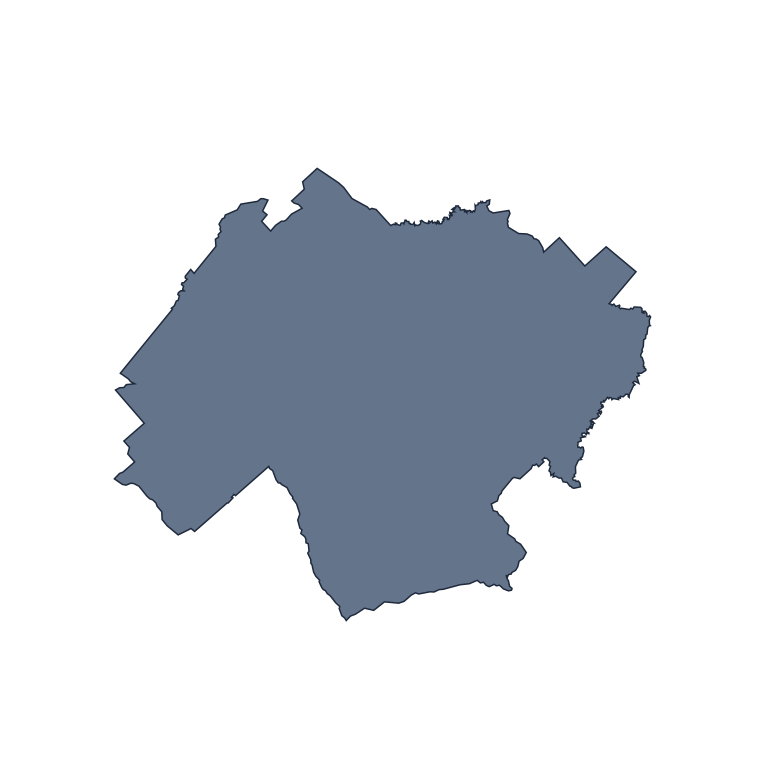 outline of Southern Grampians, Victoria, Australia, rotated 130°
{"feature_id": "25037944B54836880156068", "entity_name": "Southern Grampians", "entity_type": "district", "adm_level": 2, "iso_a3": "AUS", "parent_name": "Australia", "parent_adm1": "Victoria", "projection": "natural_earth1", "projection_center": [141.808, -37.53], "detail": "fine", "context": "isolated", "style": "filled", "palette": "slate", "viewbox_px": 768, "rotation_deg": 130, "n_neighbors": 0, "source": "geoboundaries", "source_scale": "gbopen_adm2", "svg_char_len": 6159}
<svg xmlns="http://www.w3.org/2000/svg" viewBox="0 0 768 768"><g transform="rotate(130 384 384)"><path d="M589.5,260.9L583.3,260.5L578.7,257.9L568.3,254.8L564.0,246.4L550.6,243.6L542.4,231.8L537.6,228.9L528.0,227.4L523.8,225.7L522.5,222.4L513.6,215.2L511.2,212.0L506.1,209.6L503.1,206.6L488.9,196.7L482.1,190.2L474.5,186.4L474.4,182.3L471.9,180.3L472.5,176.2L471.6,173.1L466.6,170.8L466.4,168.3L463.9,166.1L464.2,160.8L462.4,155.6L460.0,153.8L458.3,154.5L458.2,157.8L454.7,162.3L454.0,164.7L452.4,165.4L453.0,166.2L452.2,167.1L451.3,165.7L449.8,166.1L447.9,164.4L445.9,164.9L442.2,163.4L437.9,164.1L432.9,166.6L428.2,165.3L421.6,166.7L418.9,176.3L419.8,181.8L418.6,184.4L419.4,193.0L412.3,197.3L411.6,203.3L410.0,207.7L410.3,212.1L409.1,215.1L410.8,219.0L406.9,224.7L400.7,222.0L395.6,224.3L392.5,223.9L390.2,224.9L373.6,225.0L371.9,224.2L369.2,218.9L354.2,216.9L350.7,218.0L349.4,216.2L347.4,215.9L347.9,212.4L340.8,211.5L340.5,214.1L337.2,213.6L337.5,212.9L336.3,211.5L336.8,207.1L340.1,205.2L340.0,203.5L344.5,201.8L344.5,200.0L346.8,197.2L343.4,196.4L346.5,194.8L344.3,193.2L343.6,189.5L342.0,187.6L343.8,183.9L341.7,180.5L342.8,175.8L342.1,174.5L342.6,173.5L341.8,171.5L336.5,167.4L334.0,170.3L333.4,172.7L335.2,174.2L334.5,175.3L335.9,177.1L335.6,178.5L333.8,179.1L332.3,178.3L331.4,180.0L329.1,179.8L324.3,184.2L317.2,186.1L314.8,184.2L314.4,185.9L312.3,185.2L307.0,187.7L304.5,190.6L304.9,191.8L306.7,192.2L306.8,193.9L307.8,194.8L306.9,195.8L303.8,197.9L300.8,196.3L298.9,198.9L294.9,195.8L294.7,196.7L296.0,197.6L296.2,199.2L294.6,200.6L292.6,198.9L292.7,196.5L291.2,197.0L290.4,195.1L289.7,195.7L290.3,197.7L288.1,199.6L287.4,198.2L284.0,198.9L283.8,198.0L284.8,197.1L284.4,196.2L280.4,197.8L282.1,199.0L280.8,200.3L280.1,200.4L278.9,198.1L278.5,200.3L279.5,200.7L279.8,202.2L276.6,201.7L274.6,199.3L270.3,198.5L269.6,201.5L267.8,200.9L268.0,198.7L265.6,199.3L265.1,200.1L266.5,201.3L266.4,202.6L260.5,201.3L259.8,202.5L261.2,202.2L261.4,203.0L259.7,203.6L259.7,205.3L258.5,206.2L256.2,203.8L255.5,205.1L254.6,203.8L250.6,204.3L250.8,202.3L249.3,202.6L248.5,200.9L249.5,199.3L247.7,199.0L245.1,194.2L243.8,195.7L242.9,193.8L241.6,195.1L240.0,192.5L236.3,192.1L235.0,190.2L236.7,188.7L236.7,187.6L234.7,189.2L224.8,191.8L223.2,191.2L223.0,194.4L220.7,193.8L219.7,189.1L215.9,195.1L213.4,193.7L212.6,196.5L210.3,193.7L205.3,192.2L204.3,193.0L204.6,194.9L203.5,195.3L203.9,196.5L200.7,198.7L197.8,203.2L198.0,204.8L196.5,206.2L192.8,207.0L192.3,208.3L188.5,209.5L183.2,213.5L181.1,212.9L178.2,214.9L176.7,214.6L171.3,218.2L169.3,218.4L168.1,217.5L167.9,218.7L164.7,221.7L161.2,222.9L160.9,224.6L162.6,224.8L163.0,226.2L161.0,228.1L160.4,230.7L161.5,232.0L162.6,230.4L163.4,232.3L160.5,234.8L160.3,236.7L164.2,241.9L166.7,241.7L167.2,243.6L169.2,243.9L173.4,250.9L174.5,251.4L174.2,253.2L172.7,253.4L172.3,254.3L175.6,256.3L175.0,259.3L177.1,259.8L176.7,260.5L177.8,263.2L136.0,263.1L136.1,302.0L164.5,306.0L159.2,343.7L180.4,346.4L177.6,350.0L174.8,357.6L175.1,360.5L176.3,362.4L175.4,365.6L177.1,370.8L182.2,377.6L184.0,389.4L181.4,392.9L179.7,393.4L179.0,395.1L172.4,397.1L170.8,399.9L182.8,410.3L183.8,415.0L181.6,419.7L178.6,418.9L175.0,421.3L177.7,423.0L179.8,422.7L181.3,424.7L181.0,425.6L182.3,425.4L181.9,427.1L183.4,426.8L184.9,428.1L185.9,427.2L188.7,428.4L188.5,429.1L191.2,426.5L193.8,425.4L193.9,426.9L195.7,426.8L195.5,427.8L196.7,428.1L195.7,429.3L196.2,430.3L197.5,430.6L197.8,431.8L199.5,430.6L198.8,433.1L200.7,432.5L198.7,434.6L201.7,437.2L200.1,439.2L200.5,440.7L199.8,441.5L201.4,443.4L202.1,442.7L204.1,443.6L204.1,442.4L205.2,442.3L205.4,443.9L206.6,444.2L206.2,442.8L207.1,441.9L206.9,440.9L207.8,441.9L209.7,442.0L210.3,443.9L211.0,443.2L210.7,440.3L211.5,440.1L212.7,442.4L213.8,440.8L215.1,440.3L216.4,441.1L216.6,440.4L217.3,441.2L215.8,442.5L217.5,445.0L219.8,444.7L219.5,443.7L220.5,444.0L221.1,443.0L222.1,443.7L223.9,442.8L225.2,443.8L225.7,444.6L225.0,445.2L226.2,445.3L226.5,446.4L224.3,446.9L224.6,447.8L225.7,447.2L226.6,448.0L227.7,447.1L227.5,449.2L229.3,450.1L228.1,452.0L230.4,452.5L230.3,454.4L232.2,453.8L232.2,453.0L233.0,453.6L234.4,457.1L234.5,460.3L235.9,460.9L236.3,459.8L238.7,458.9L241.2,460.4L241.8,462.0L243.0,462.1L240.9,464.7L243.1,464.4L244.5,466.0L244.1,466.9L244.9,467.7L243.6,469.4L244.9,471.1L244.3,472.2L244.9,473.2L248.5,471.7L248.1,472.7L249.7,474.3L251.9,473.6L252.7,474.7L253.4,476.8L252.7,477.5L253.4,478.8L254.7,477.8L255.4,479.4L258.3,480.8L255.4,502.2L257.2,506.1L259.6,507.3L259.1,510.4L262.5,527.7L259.3,541.4L259.1,548.1L261.8,573.8L281.4,576.3L286.0,570.3L303.1,572.4L303.2,569.2L301.4,564.8L302.0,559.7L313.4,564.1L320.9,564.3L323.5,565.2L325.2,567.2L332.3,569.1L339.7,569.1L338.0,582.3L329.5,582.4L329.5,588.2L317.7,591.1L319.6,595.6L321.2,597.5L325.4,598.3L338.2,609.3L345.0,608.4L356.6,614.2L359.2,613.1L361.6,614.1L367.6,613.1L368.8,610.2L370.9,609.1L372.0,606.8L376.0,607.1L377.8,605.2L381.5,606.2L386.6,601.2L421.3,600.6L420.5,605.7L429.3,605.5L430.5,604.3L430.2,602.1L435.3,602.5L436.3,603.7L438.0,603.1L438.0,600.4L440.9,599.1L441.1,597.0L443.2,599.6L446.3,600.2L448.0,599.4L447.9,597.5L452.1,595.5L454.0,596.4L458.9,594.9L462.7,595.6L462.7,594.1L545.9,592.9L545.2,592.6L544.4,583.0L545.1,579.6L544.1,575.2L550.1,581.0L553.9,581.0L556.8,584.1L561.2,585.8L568.2,542.4L594.9,546.6L596.2,538.2L602.3,535.3L604.0,524.9L619.2,527.3L622.6,529.1L630.0,529.6L629.1,519.9L627.3,516.6L622.8,514.2L621.1,511.7L619.8,506.1L622.3,493.5L622.5,489.7L621.4,486.7L621.8,482.0L623.5,479.2L624.7,472.1L630.5,466.8L632.0,458.8L631.9,444.7L618.7,438.9L618.7,434.3L576.0,427.7L575.4,426.9L568.4,426.5L568.8,428.0L565.0,428.0L565.0,426.0L521.2,419.3L522.3,417.3L521.9,413.6L526.7,405.2L527.7,401.5L526.4,399.4L526.9,398.2L525.7,391.7L528.4,385.5L529.2,381.2L530.4,380.6L532.0,373.9L537.7,364.9L543.7,362.6L548.5,355.8L548.5,353.1L552.0,351.6L551.9,346.7L553.0,344.2L555.8,341.7L555.0,339.4L560.2,334.0L562.6,333.7L565.6,327.2L568.3,324.8L568.8,322.9L573.4,316.9L575.1,312.6L575.7,307.1L577.2,306.6L580.0,300.7L580.5,298.2L579.9,296.0L581.0,292.9L580.8,289.1L582.7,280.1L582.9,274.8L584.8,274.0L588.6,267.4L588.5,263.7L589.5,260.9Z" fill="#64748b" stroke="#1e293b" stroke-width="1.5"/></g></svg>